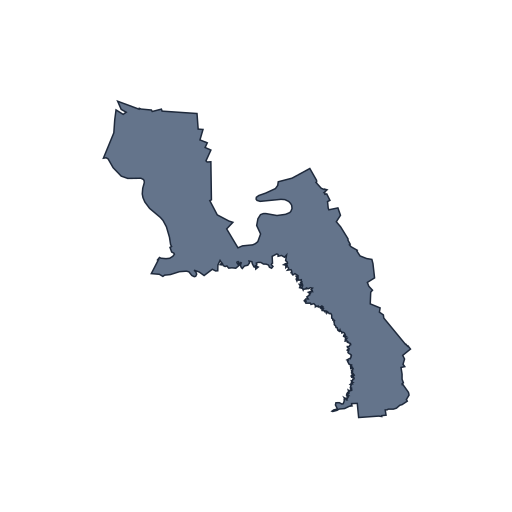 outline of Emiliano Zapata, Tabasco, Mexico, rotated 332°
{"feature_id": "50627088B17857349990944", "entity_name": "Emiliano Zapata", "entity_type": "district", "adm_level": 2, "iso_a3": "MEX", "parent_name": "Mexico", "parent_adm1": "Tabasco", "projection": "orthographic", "projection_center": [-91.663, 17.694], "detail": "fine", "context": "isolated", "style": "filled", "palette": "slate", "viewbox_px": 512, "rotation_deg": 332, "n_neighbors": 0, "source": "geoboundaries", "source_scale": "gbopen_adm2", "svg_char_len": 6154}
<svg xmlns="http://www.w3.org/2000/svg" viewBox="0 0 512 512"><g transform="rotate(332 256 256)"><path d="M222.3,70.8L221.7,71.5L206.5,54.4L205.8,63.3L208.9,68.1L205.2,68.6L201.0,61.3L195.1,69.6L188.3,80.5L167.2,98.0L169.8,98.9L171.0,100.8L171.3,111.0L174.5,122.2L179.2,127.3L190.9,133.3L192.5,135.6L192.6,136.9L191.8,138.8L187.8,143.0L184.7,147.8L183.6,151.4L183.2,156.1L184.4,164.0L189.6,176.9L190.6,181.0L190.6,188.2L188.4,198.8L186.0,205.7L185.9,208.0L184.1,208.0L183.4,212.9L184.8,214.9L184.8,216.1L182.5,217.2L178.8,217.5L175.3,216.1L171.0,213.3L170.1,212.0L167.5,213.1L168.1,213.5L155.3,222.4L162.1,226.8L164.2,230.3L166.3,230.0L171.7,232.2L181.0,233.9L187.4,236.7L189.3,238.4L190.2,243.1L191.8,245.3L193.2,245.6L195.1,244.2L195.4,241.9L194.7,239.4L198.4,243.6L201.0,248.9L211.2,247.2L213.4,250.3L215.3,251.1L218.1,246.1L222.2,243.0L222.4,246.0L220.3,246.8L221.5,247.7L222.8,247.1L222.6,249.1L223.8,250.8L225.6,251.1L226.2,253.9L229.2,255.1L232.4,257.3L236.4,256.4L236.0,253.2L236.2,252.5L237.6,252.5L237.9,253.2L237.0,255.3L237.6,255.5L239.4,254.6L239.8,255.1L237.9,256.8L237.6,259.2L238.0,260.6L241.1,259.4L244.4,260.3L247.1,259.0L247.5,257.2L249.7,259.1L249.1,261.1L249.1,264.7L250.4,265.8L249.7,267.4L252.8,266.8L251.0,264.4L252.6,264.1L252.9,262.4L255.0,262.7L257.3,264.0L258.8,266.6L261.2,268.0L262.8,269.9L262.6,272.2L264.0,274.1L266.1,273.2L265.5,270.8L266.5,270.0L267.2,270.1L270.1,263.9L275.3,263.9L276.2,265.0L275.4,266.6L278.8,267.5L280.6,270.5L283.4,269.5L280.0,274.0L280.8,276.1L280.3,277.3L278.5,276.6L276.4,276.7L277.4,277.6L279.2,277.6L279.1,279.1L278.5,279.3L277.8,278.6L276.9,280.2L278.5,279.8L279.1,281.6L278.7,282.7L277.2,283.3L280.5,284.5L280.4,286.3L279.1,287.2L279.9,288.0L279.4,288.9L279.7,290.1L282.1,289.8L283.9,293.1L283.0,294.8L282.6,294.3L282.9,293.4L281.9,292.8L282.1,294.7L280.6,295.2L280.4,297.3L282.5,295.6L282.4,297.5L284.8,298.2L284.2,299.0L284.4,300.3L282.3,300.2L283.7,301.0L283.6,301.7L282.5,302.2L280.9,301.3L281.1,303.2L283.7,302.5L283.7,303.0L282.5,303.4L283.2,304.3L282.0,305.1L280.0,304.0L279.6,304.4L281.9,306.5L281.7,308.2L282.4,307.7L285.2,308.7L285.1,308.0L285.5,307.9L286.9,309.5L289.1,309.5L290.8,310.9L288.8,311.6L289.5,312.9L289.2,314.0L288.3,313.2L287.0,314.1L287.0,312.9L285.2,312.6L286.2,314.5L285.2,314.7L285.2,315.5L281.7,316.0L281.9,318.4L279.9,317.3L276.9,318.4L277.9,318.3L279.1,319.1L279.0,319.5L277.9,319.6L277.9,321.1L281.9,323.2L281.8,324.6L284.7,325.2L285.3,327.4L284.6,328.7L285.7,328.5L286.2,329.4L287.4,329.2L287.3,330.4L288.7,330.9L288.5,332.1L289.6,332.1L289.5,331.2L290.7,331.0L291.3,332.5L289.4,332.6L288.9,333.5L289.5,334.1L290.5,333.5L290.9,334.2L288.9,335.2L290.5,336.4L290.7,337.7L291.2,336.9L292.4,337.8L291.7,339.7L293.1,339.1L293.6,341.3L295.0,341.8L295.1,343.7L293.7,346.4L294.3,347.4L293.7,348.6L294.7,349.1L295.0,350.0L293.8,350.6L293.8,351.7L292.9,353.4L293.5,355.2L293.1,356.7L294.0,357.5L293.4,359.8L294.2,360.3L293.8,360.9L294.4,361.8L295.5,360.8L295.3,362.1L296.1,363.1L295.7,364.3L297.2,364.4L297.9,365.5L297.8,367.2L296.4,367.1L295.6,368.1L296.3,368.8L296.5,367.9L297.2,367.9L297.9,369.6L296.4,369.0L296.7,370.2L296.1,371.1L297.2,371.5L294.7,372.3L295.9,372.4L294.9,373.0L296.6,373.9L296.9,374.9L296.3,375.2L298.3,377.6L298.0,378.7L297.5,378.5L295.9,379.6L294.1,378.8L293.8,379.9L294.7,381.5L293.8,382.5L292.8,381.7L292.3,381.9L293.1,383.3L292.0,384.1L292.0,385.0L293.6,387.9L293.6,388.5L292.8,388.9L292.8,389.6L291.0,390.9L290.6,390.4L287.5,390.5L288.3,391.7L287.4,392.1L287.4,395.4L289.3,397.1L288.8,397.8L288.1,397.2L287.7,397.7L288.3,398.6L287.5,398.5L286.9,399.7L288.1,399.6L288.0,400.3L288.8,400.3L288.8,401.0L288.2,400.7L288.0,401.5L286.4,402.1L286.3,403.2L287.1,403.2L286.6,404.0L285.0,403.8L285.8,404.3L285.5,405.4L286.6,405.6L286.8,407.4L286.1,407.5L285.4,406.0L283.6,406.6L283.8,407.3L284.8,407.4L283.8,408.1L285.3,408.8L285.2,410.1L284.5,410.6L283.8,410.1L282.6,411.4L281.6,410.8L281.4,412.1L281.9,412.9L280.9,412.5L280.1,413.2L281.1,413.3L281.2,414.3L278.8,413.7L279.2,414.9L277.5,416.4L277.4,417.0L278.1,417.3L277.6,417.7L278.1,418.2L277.5,419.5L276.8,419.4L276.4,418.1L276.2,419.2L275.2,419.2L274.5,417.8L273.8,420.7L273.2,420.7L272.7,419.6L271.5,420.4L272.1,422.1L270.3,420.8L270.8,421.6L270.5,422.7L271.4,422.7L271.6,423.6L270.0,424.5L268.8,423.9L268.9,425.8L268.2,425.5L268.4,424.4L267.3,422.5L267.3,423.9L266.6,423.9L265.8,425.5L263.6,427.4L262.3,427.0L260.7,424.6L257.7,423.1L256.2,424.8L256.1,429.3L252.4,428.4L250.2,428.7L250.7,429.3L255.0,430.3L257.6,430.2L262.6,432.3L267.8,432.5L270.1,433.3L269.9,432.7L270.6,432.7L271.1,431.2L275.7,433.4L276.2,433.7L270.8,446.8L289.3,455.0L291.7,456.8L292.1,456.0L296.1,457.6L297.8,452.6L299.6,453.4L300.9,453.3L305.4,455.7L308.6,456.3L312.9,455.3L315.2,455.8L321.4,455.2L321.4,453.3L325.8,450.7L326.3,449.2L326.6,447.9L325.4,438.7L324.7,438.3L325.0,437.4L326.6,437.2L327.1,433.4L329.5,428.9L331.7,422.5L335.4,423.5L335.0,420.6L338.8,416.7L338.9,412.6L348.7,410.7L348.0,406.8L347.5,406.9L346.9,404.2L346.5,404.2L339.7,370.8L340.8,367.8L338.6,363.5L341.2,360.1L334.4,351.9L340.3,341.8L342.8,340.9L341.4,335.7L341.9,331.6L350.4,331.0L355.7,317.6L356.7,313.4L352.5,310.2L347.9,304.8L347.4,298.9L348.1,298.5L344.3,292.5L343.7,290.0L344.7,289.8L344.6,285.4L345.3,284.0L344.4,269.9L343.0,263.5L349.7,259.7L350.9,252.0L342.0,249.4L342.2,247.7L344.7,241.5L347.4,241.6L347.6,234.4L345.9,233.9L346.4,232.6L345.8,232.0L349.8,230.9L347.8,229.0L347.4,229.3L345.4,226.8L343.5,219.2L344.4,219.0L345.0,217.6L344.6,204.0L324.4,204.2L310.5,200.9L308.3,203.9L304.8,205.6L294.0,205.0L286.9,203.9L283.9,204.3L282.8,205.8L283.0,207.4L285.3,209.7L304.7,217.7L308.0,219.8L310.5,223.2L311.2,225.7L311.3,228.0L310.1,231.0L307.8,232.9L306.2,233.5L301.7,233.1L293.5,230.1L284.7,223.2L282.4,222.0L279.4,221.6L275.2,224.0L270.9,229.4L270.4,238.7L264.3,244.2L261.1,244.8L258.3,244.6L248.8,240.7L243.9,240.3L242.8,218.3L251.4,215.4L248.5,212.4L241.1,201.5L241.2,185.4L243.0,185.5L260.4,151.6L257.0,150.1L256.5,148.5L265.9,141.3L262.0,136.3L266.1,133.2L261.0,127.2L268.6,119.4L264.5,116.8L270.8,102.5L241.1,84.0L241.4,81.9L232.2,79.7L232.2,78.0L223.5,72.3L222.3,70.8Z" fill="#64748b" stroke="#1e293b" stroke-width="1.5"/></g></svg>